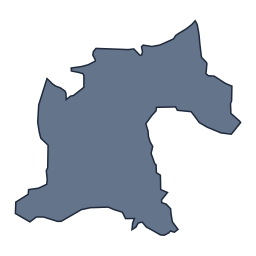 the district of Dakoro, Maradi, Niger
{"feature_id": "23599985B7432037800977", "entity_name": "Dakoro", "entity_type": "district", "adm_level": 2, "iso_a3": "NER", "parent_name": "Niger", "parent_adm1": "Maradi", "projection": "orthographic", "projection_center": [7.096, 14.397], "detail": "fine", "context": "isolated", "style": "filled", "palette": "slate", "viewbox_px": 256, "rotation_deg": 0, "n_neighbors": 0, "source": "geoboundaries", "source_scale": "gbopen_adm2", "svg_char_len": 1603}
<svg xmlns="http://www.w3.org/2000/svg" viewBox="0 0 256 256"><path d="M39.3,132.3L40.8,138.2L48.1,145.2L47.7,167.8L46.3,170.6L47.2,179.6L46.7,184.3L38.5,188.2L28.6,189.6L28.2,194.3L15.8,202.1L15.4,213.5L29.9,221.9L36.3,217.0L43.5,217.0L57.6,221.4L61.2,221.3L77.6,211.8L81.2,209.7L90.3,207.7L108.3,207.1L113.7,209.5L122.4,212.2L125.5,218.6L134.4,218.5L132.6,223.2L132.0,229.7L135.9,227.1L138.2,223.0L142.2,222.1L146.4,227.1L152.2,230.2L160.4,234.9L164.4,235.2L169.0,232.7L170.3,231.0L174.4,232.2L178.0,229.4L172.4,221.9L171.1,214.3L170.6,208.7L166.0,204.0L161.7,202.7L161.6,199.8L167.5,192.5L160.7,189.6L160.4,175.2L156.4,172.7L156.1,164.8L154.8,163.8L151.1,153.4L152.7,146.5L150.1,141.9L148.5,136.7L148.0,130.9L145.8,123.7L151.8,115.5L156.0,110.9L156.5,107.3L175.6,106.9L177.4,110.3L191.2,111.7L196.1,118.2L199.3,122.6L207.4,127.3L221.0,132.9L231.3,134.2L240.6,122.6L239.6,121.1L230.9,113.4L230.5,103.5L231.6,100.9L231.9,86.1L227.2,84.2L224.4,82.8L219.4,79.5L214.1,76.1L208.2,75.7L205.8,73.4L206.3,70.7L206.9,63.6L206.4,62.4L201.6,57.4L201.2,55.3L199.9,44.4L199.1,35.6L198.3,30.3L197.1,24.3L195.2,20.8L191.7,24.6L186.2,28.9L179.2,33.1L175.8,35.4L173.5,38.9L165.8,42.4L160.0,45.0L151.8,46.5L143.1,45.1L141.5,46.7L142.5,51.9L141.6,55.0L139.8,55.2L133.8,48.9L132.5,49.1L128.1,49.6L123.1,49.4L96.0,48.4L93.4,51.5L92.8,55.1L95.2,59.5L95.2,61.2L88.1,64.8L81.3,66.6L71.2,68.0L71.4,71.0L78.6,72.4L82.8,73.6L83.9,75.6L83.9,87.3L73.5,95.5L70.4,96.2L66.2,99.6L66.0,93.5L65.1,91.2L60.5,87.9L55.7,86.1L52.6,84.0L47.0,78.6L38.7,104.9L37.7,122.3L39.3,132.3Z" fill="#64748b" stroke="#1e293b" stroke-width="1.5"/></svg>